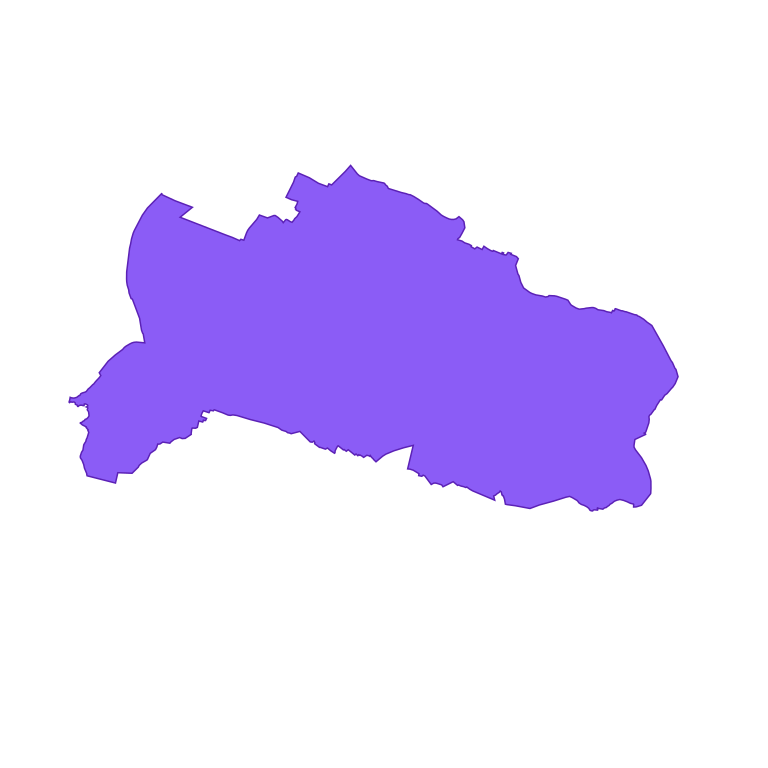 the district of Bang Sai, Phra Nakhon Si Ayutthaya, Thailand, rotated 111°
{"feature_id": "78962969B26505935473539", "entity_name": "Bang Sai", "entity_type": "district", "adm_level": 2, "iso_a3": "THA", "parent_name": "Thailand", "parent_adm1": "Phra Nakhon Si Ayutthaya", "projection": "robinson", "projection_center": [100.488, 14.22], "detail": "fine", "context": "isolated", "style": "filled", "palette": "violet", "viewbox_px": 768, "rotation_deg": 111, "n_neighbors": 0, "source": "geoboundaries", "source_scale": "gbopen_adm2", "svg_char_len": 6168}
<svg xmlns="http://www.w3.org/2000/svg" viewBox="0 0 768 768"><g transform="rotate(111 384 384)"><path d="M233.4,154.9L232.0,160.6L230.5,164.7L229.5,169.8L229.5,171.8L229.0,172.7L229.5,175.1L229.8,183.8L230.1,185.0L230.2,187.5L230.6,188.8L230.7,194.8L231.0,195.2L232.6,195.1L233.4,195.4L233.6,195.7L233.3,196.5L233.4,196.9L236.0,197.2L236.0,198.2L236.7,201.9L236.7,205.1L238.0,210.8L237.5,213.5L237.6,215.8L238.1,217.3L240.8,222.5L241.9,224.1L244.2,228.6L244.2,232.0L243.3,237.3L242.7,238.5L239.9,242.3L239.8,244.8L240.2,254.1L240.6,256.4L242.3,261.6L243.5,262.1L244.9,264.3L245.1,267.7L246.4,274.2L246.5,278.4L246.3,280.7L244.3,288.1L240.1,292.7L234.5,296.8L233.2,298.5L226.2,303.6L218.9,303.5L217.6,306.0L217.5,312.2L216.4,312.0L216.7,315.3L219.6,316.1L220.0,316.8L220.4,319.4L218.8,319.3L218.8,320.8L220.4,321.0L220.2,329.8L221.0,329.9L221.2,330.3L221.2,331.9L220.6,335.9L219.6,340.1L223.3,340.6L222.8,346.2L225.3,347.7L224.6,351.9L223.5,352.0L223.1,354.7L223.3,359.3L222.6,362.4L223.0,367.1L221.8,367.1L220.1,365.9L215.5,365.2L209.2,364.5L203.9,367.5L202.5,369.5L200.9,374.0L204.0,375.9L205.4,377.9L206.2,380.0L206.6,382.2L206.5,385.0L206.2,388.3L205.7,391.1L203.6,396.5L200.4,408.1L200.3,409.5L200.8,410.3L200.8,412.0L199.4,417.6L198.3,423.3L198.0,426.2L197.9,427.4L198.3,428.7L198.4,431.8L199.0,436.2L199.9,450.0L198.2,451.8L197.5,454.0L196.6,455.2L196.4,456.1L197.5,463.0L197.8,466.6L198.6,468.2L198.8,469.0L198.8,473.7L198.4,481.6L197.4,484.2L191.9,493.5L199.4,496.3L216.9,504.2L216.9,507.2L220.0,507.4L220.1,517.1L218.2,527.6L217.7,539.7L221.5,540.0L222.4,540.9L222.9,541.0L228.0,540.8L244.8,542.4L245.1,536.4L244.4,530.0L247.1,529.7L251.1,530.2L251.4,529.4L252.4,529.3L252.5,528.7L253.2,528.2L253.4,524.2L259.0,525.3L261.6,526.6L263.4,526.9L266.0,527.8L266.0,529.7L265.3,533.1L265.4,534.2L266.0,534.7L269.5,535.9L268.5,537.2L266.5,542.5L265.7,545.8L266.1,547.1L270.7,552.3L270.9,560.9L276.0,561.8L286.6,565.6L289.4,566.3L292.0,566.5L300.0,566.4L300.2,569.5L301.9,570.2L301.5,578.1L301.6,585.6L301.4,634.1L287.7,626.2L287.8,644.6L286.8,659.6L285.4,659.6L304.4,667.9L313.0,670.1L330.2,672.1L333.0,672.2L339.1,671.7L343.8,670.8L348.3,670.2L371.6,664.4L378.1,662.0L380.6,660.9L383.8,659.1L387.6,656.1L390.4,654.6L394.9,650.7L394.9,649.5L395.4,648.9L410.3,635.7L420.6,629.7L423.0,627.6L423.6,626.7L431.3,622.1L433.6,630.2L434.7,632.4L435.9,634.0L437.6,635.6L441.1,638.4L442.9,639.5L445.4,640.4L453.2,645.3L461.6,649.7L475.5,653.9L477.6,651.4L479.8,652.0L485.0,654.1L488.3,655.1L488.8,655.6L492.8,657.3L494.7,658.4L497.5,659.2L498.5,659.9L500.6,662.6L501.8,663.6L503.7,663.9L504.0,664.5L506.6,666.1L508.3,668.4L508.9,670.8L508.9,672.2L511.5,671.7L513.4,671.6L514.0,671.3L514.1,670.9L512.9,670.1L512.8,668.7L512.0,667.3L511.9,666.4L512.3,665.5L513.5,664.9L513.7,662.9L514.7,662.0L514.5,661.4L513.5,661.0L512.7,660.0L512.0,658.2L512.1,657.3L511.8,656.4L510.9,656.3L510.3,656.7L509.6,656.0L509.7,653.4L510.1,652.9L511.1,652.7L512.1,653.7L512.1,652.7L512.4,652.0L512.9,651.8L514.2,651.9L514.8,651.4L515.4,650.3L516.1,649.7L518.9,648.2L519.8,648.0L521.3,648.3L523.1,649.1L524.1,650.3L525.6,650.7L526.7,651.7L528.4,652.6L528.9,653.5L529.3,653.6L530.3,650.9L530.7,646.7L531.0,646.3L531.4,646.4L532.8,643.8L533.2,644.0L535.0,642.3L540.8,641.9L542.4,642.1L544.6,641.8L546.7,642.3L548.5,642.5L553.6,641.4L556.1,641.9L560.2,641.7L561.7,641.0L563.5,638.5L566.8,635.5L569.9,633.5L574.2,629.4L575.1,629.0L576.1,628.3L572.7,599.2L562.2,600.7L557.6,587.2L551.0,584.2L549.7,583.6L547.7,583.4L545.3,582.2L544.4,581.7L540.0,578.1L539.3,577.8L532.5,577.4L527.2,573.8L524.4,573.5L521.1,573.7L520.9,572.8L520.2,571.6L517.5,569.7L516.0,562.7L514.3,562.1L511.0,560.1L507.2,555.6L507.3,552.9L506.0,550.1L500.1,545.9L499.3,546.3L495.1,547.3L493.9,547.3L492.7,543.8L492.1,543.6L491.4,542.7L484.9,543.6L484.5,539.7L484.2,539.5L482.5,539.7L482.3,537.9L482.0,537.5L479.7,537.3L479.8,542.8L479.6,543.3L476.9,543.5L473.8,543.1L473.5,537.1L473.2,537.0L470.8,536.9L470.2,533.7L468.9,533.3L468.7,524.6L468.9,518.5L468.4,516.3L467.0,514.0L466.1,509.9L465.1,496.1L463.4,481.9L462.6,467.3L463.7,462.9L463.4,458.4L464.0,456.5L463.6,454.5L463.7,452.9L458.4,445.5L464.5,432.1L464.0,430.1L462.4,428.9L463.4,427.6L464.5,427.4L464.7,427.1L466.3,421.5L466.0,420.7L465.8,415.3L464.1,413.9L464.1,413.6L465.4,410.0L466.4,405.4L465.8,405.1L463.8,405.7L460.2,405.3L458.6,405.0L458.1,404.6L460.1,398.3L459.5,397.8L460.3,395.1L458.2,393.8L460.8,385.8L459.4,385.0L460.3,382.7L459.1,382.2L459.3,381.3L458.9,380.9L459.2,378.7L459.8,376.7L456.7,374.5L456.4,372.2L456.6,371.3L455.7,371.2L457.1,368.9L457.6,367.5L458.2,366.7L459.5,363.6L451.9,359.4L448.8,357.1L442.8,350.8L436.4,342.7L430.8,334.7L454.8,331.5L454.2,329.3L454.0,325.8L455.2,319.2L457.1,318.8L456.6,315.6L455.1,314.8L455.2,312.9L460.9,303.9L458.8,302.1L458.1,300.7L457.8,299.0L457.5,294.0L458.8,292.1L450.4,284.4L452.3,279.0L451.6,278.2L451.7,275.6L451.3,272.9L451.3,270.5L450.5,269.8L451.5,266.2L452.0,262.9L452.8,239.0L449.2,241.5L447.8,240.1L446.2,239.3L444.1,237.8L443.2,237.3L442.3,237.2L442.7,235.8L445.3,234.1L445.2,233.7L445.8,233.0L445.7,232.5L448.4,230.2L452.7,227.6L452.5,225.9L450.6,217.8L447.9,203.1L441.2,195.5L432.6,183.8L424.5,173.6L422.4,170.4L422.6,167.5L423.5,162.2L423.9,161.2L425.1,159.4L425.7,156.7L425.6,153.8L425.9,150.9L426.6,148.4L428.1,146.3L428.1,144.9L427.7,143.7L426.8,143.5L426.1,142.6L425.2,139.4L424.8,139.3L423.5,140.4L423.2,140.3L423.2,138.6L422.4,134.8L420.7,133.8L419.6,132.2L418.4,131.6L416.6,130.3L415.3,129.9L413.7,128.5L410.9,126.9L408.9,124.8L407.3,122.4L406.8,118.7L406.8,114.8L407.1,111.1L406.7,108.1L406.9,107.8L409.4,106.9L408.5,104.8L407.9,103.9L404.9,100.1L391.1,95.8L390.5,95.8L385.7,97.4L379.1,100.0L377.2,101.1L370.5,106.1L366.2,110.2L360.5,117.2L355.4,125.5L353.4,127.9L351.7,128.6L345.9,129.9L337.3,121.7L336.9,122.0L336.6,123.5L335.7,122.7L334.8,122.4L325.4,122.8L322.0,123.7L319.5,125.0L318.4,124.9L317.4,124.6L316.7,124.0L311.1,122.5L310.6,122.0L306.3,121.7L299.7,120.3L299.5,119.3L299.3,119.1L293.9,117.9L291.5,116.3L284.7,113.9L283.9,113.4L279.3,112.3L271.8,112.1L265.7,116.7L265.1,118.0L260.6,122.4L259.3,124.5L248.2,137.0L233.4,154.9Z" fill="#8b5cf6" stroke="#5b21b6" stroke-width="1.5"/></g></svg>